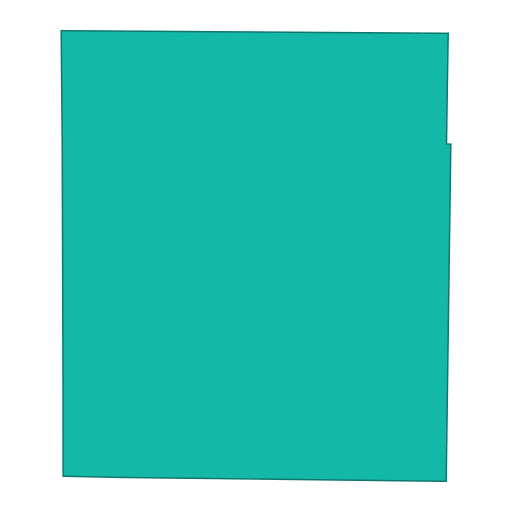 outline of Knox, Missouri, United States of America
{"feature_id": "52423323B21242866198825", "entity_name": "Knox", "entity_type": "district", "adm_level": 2, "iso_a3": "USA", "parent_name": "United States of America", "parent_adm1": "Missouri", "projection": "orthographic", "projection_center": [-92.125, 40.126], "detail": "fine", "context": "isolated", "style": "filled", "palette": "teal", "viewbox_px": 512, "rotation_deg": 0, "n_neighbors": 0, "source": "geoboundaries", "source_scale": "gbopen_adm2", "svg_char_len": 257}
<svg xmlns="http://www.w3.org/2000/svg" viewBox="0 0 512 512"><path d="M446.2,481.3L450.8,144.2L446.5,144.0L447.3,88.9L448.2,33.3L61.2,30.7L62.2,141.5L63.0,369.3L63.1,476.2L118.6,477.4L446.2,481.3Z" fill="#14b8a6" stroke="#0f766e" stroke-width="1.5"/></svg>